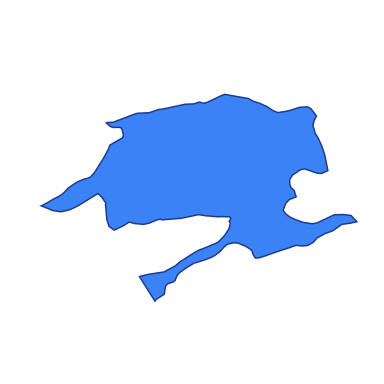 Dhulaymat Habur, Amran, Yemen, rotated 72°
{"feature_id": "15242507B9657421257860", "entity_name": "Dhulaymat Habur", "entity_type": "district", "adm_level": 2, "iso_a3": "YEM", "parent_name": "Yemen", "parent_adm1": "Amran", "projection": "equal_earth", "projection_center": [43.768, 16.038], "detail": "fine", "context": "isolated", "style": "filled", "palette": "blue", "viewbox_px": 384, "rotation_deg": 72, "n_neighbors": 0, "source": "geoboundaries", "source_scale": "gbopen_adm2", "svg_char_len": 5975}
<svg xmlns="http://www.w3.org/2000/svg" viewBox="0 0 384 384"><g transform="rotate(72 192 192)"><path d="M158.6,339.6L166.6,330.1L170.4,322.6L171.1,313.7L169.9,304.6L164.4,282.0L168.9,279.5L175.6,277.4L175.9,277.2L176.7,278.0L192.2,281.6L199.1,281.5L204.2,277.8L202.8,267.2L202.5,266.1L202.2,265.1L201.9,264.1L201.6,262.7L201.4,262.3L201.3,261.7L201.1,261.2L204.3,256.2L207.8,248.2L208.4,242.4L207.7,233.8L208.0,230.2L209.2,229.3L213.7,210.4L215.5,193.1L215.7,192.5L215.9,192.1L216.3,191.3L217.2,189.4L217.6,188.5L218.1,187.8L218.6,186.8L219.0,186.0L219.4,185.0L219.8,183.9L220.1,183.1L220.5,182.2L220.7,181.8L221.6,180.0L221.8,179.5L222.0,178.8L222.6,177.3L222.8,176.8L223.5,175.3L223.6,174.6L223.9,174.2L224.1,173.0L224.2,172.5L224.4,172.1L224.5,171.5L224.8,170.8L225.0,170.1L225.2,169.4L225.6,168.5L225.8,168.0L226.0,167.4L226.2,166.7L226.5,166.0L226.6,165.4L227.4,164.0L227.8,163.5L228.4,163.2L228.7,163.3L229.1,163.3L229.4,163.6L229.7,163.8L230.0,164.1L230.9,165.4L231.3,165.7L232.0,165.6L232.4,165.5L233.1,165.4L233.9,165.3L235.2,166.2L235.5,166.4L235.8,166.6L236.3,166.9L236.7,167.0L237.3,167.5L237.7,167.9L238.0,168.0L239.1,169.1L239.4,169.4L239.8,169.8L240.4,170.7L240.8,171.0L241.2,171.7L241.6,172.1L242.7,173.5L244.2,175.8L244.4,176.2L245.4,177.9L246.1,179.4L246.5,180.1L247.1,181.5L247.4,182.1L247.7,182.8L248.0,183.3L249.3,199.1L249.4,202.4L249.5,203.8L249.5,204.3L249.8,204.8L250.0,206.7L252.1,215.1L254.7,225.1L257.1,230.7L259.3,242.8L259.4,243.0L256.7,259.9L256.2,268.1L284.3,261.0L282.9,258.8L280.7,250.0L273.1,246.1L271.8,243.3L271.8,241.5L271.7,241.3L271.7,240.9L271.7,240.6L271.7,240.3L271.7,240.0L271.7,239.4L271.8,239.0L271.7,237.5L271.6,237.2L271.6,236.8L271.3,236.1L270.8,235.3L270.2,234.8L269.7,234.5L269.6,234.3L269.1,234.0L268.8,233.6L268.5,233.4L268.3,233.3L267.9,232.9L267.7,232.8L267.6,232.6L267.3,232.4L266.0,230.8L265.8,230.5L265.6,230.3L265.5,230.0L265.2,229.6L265.2,229.4L265.0,228.9L264.9,228.6L264.7,228.2L264.5,227.5L264.4,227.0L264.3,226.6L264.0,225.9L263.9,225.5L263.8,225.3L263.6,224.8L263.5,224.3L263.3,223.9L263.2,223.4L263.0,223.1L262.9,222.7L262.8,222.0L262.6,221.8L262.5,221.4L262.4,221.1L262.4,220.7L262.2,220.2L262.2,219.7L262.0,219.4L262.0,219.2L261.9,219.0L261.9,218.7L261.7,218.0L261.6,217.7L261.4,217.3L261.3,216.5L261.2,216.3L261.2,215.7L261.0,215.4L261.0,215.0L260.9,214.5L260.8,214.0L260.4,212.8L260.4,212.5L260.3,212.2L260.3,210.9L260.4,210.1L260.5,209.2L260.4,204.9L260.4,204.5L260.5,204.3L260.5,202.4L260.5,202.0L260.4,198.3L260.4,198.0L260.4,197.4L260.3,197.2L260.3,196.2L260.2,195.6L260.2,194.2L260.0,193.9L260.0,193.3L259.9,192.9L259.8,191.8L259.6,191.1L259.4,190.0L259.3,189.6L259.1,189.1L259.0,188.6L258.8,188.1L258.7,187.8L258.5,187.6L258.5,187.4L258.4,187.2L258.3,186.5L258.0,185.8L257.9,185.6L257.9,185.4L257.8,184.9L257.6,184.5L257.5,184.1L257.4,184.0L257.2,183.8L257.2,183.4L257.0,183.2L256.9,182.9L256.6,182.6L256.5,182.2L256.1,181.8L255.9,181.3L255.7,181.1L255.4,180.6L255.2,180.3L254.9,179.8L254.7,179.3L254.3,178.6L254.2,178.4L254.1,178.1L253.8,177.7L253.5,176.7L253.3,176.5L253.2,175.8L253.0,175.3L252.8,174.8L252.7,174.3L252.7,173.2L252.8,172.9L252.8,172.1L252.9,171.5L252.9,171.0L252.9,170.4L252.9,170.1L253.0,169.9L253.0,169.4L253.1,169.1L253.1,168.9L253.2,168.5L253.2,168.3L253.4,167.6L253.5,167.3L253.7,167.1L253.8,166.2L254.0,165.9L254.0,165.5L254.0,165.2L254.4,164.9L254.6,164.5L255.0,163.8L255.4,163.2L256.0,162.6L256.3,162.2L256.6,161.9L257.0,161.5L257.2,161.4L257.3,161.1L257.5,161.0L257.9,160.4L258.5,159.8L258.9,159.2L259.3,158.7L260.5,157.5L261.0,157.1L262.1,156.1L262.5,155.9L262.7,155.6L262.9,155.5L263.0,155.4L263.5,155.0L263.9,154.6L264.5,154.2L265.3,153.8L265.6,153.7L266.5,153.2L270.5,153.2L274.4,152.1L275.4,148.4L275.4,142.5L275.1,132.6L275.0,122.6L275.1,118.0L274.9,109.4L275.8,107.6L277.6,103.3L278.6,98.2L277.4,92.4L274.3,87.1L272.7,78.5L272.4,70.0L269.1,59.5L270.6,51.0L271.2,44.4L263.5,48.0L260.2,54.9L260.2,55.3L257.6,63.5L260.0,82.5L259.4,87.3L255.1,95.9L248.8,103.9L245.7,106.9L242.0,109.5L237.5,111.0L231.7,106.2L229.2,101.6L228.9,94.6L228.2,94.3L227.6,94.3L227.2,94.4L226.8,94.6L225.9,94.6L225.6,94.5L225.3,94.5L225.0,94.5L224.1,94.5L223.8,94.4L223.6,94.3L222.6,94.3L222.3,94.3L222.2,94.4L222.0,94.5L221.6,94.7L221.1,94.9L220.1,95.4L219.1,96.1L218.5,96.5L215.2,96.6L210.7,95.4L209.3,94.3L209.3,94.1L206.8,90.8L206.8,90.6L206.7,90.2L206.5,89.8L206.5,89.4L206.3,88.6L206.1,87.9L205.9,87.1L205.8,86.8L205.7,86.4L205.3,85.6L205.3,85.4L205.1,84.9L205.1,84.5L204.9,84.0L204.8,83.7L204.7,83.3L204.7,83.1L204.6,82.7L204.6,82.4L204.4,82.2L204.4,80.2L204.6,79.9L204.6,78.9L204.7,78.5L204.8,77.9L205.4,76.9L205.6,76.7L206.0,76.2L206.7,75.2L206.8,75.0L207.8,73.8L208.3,73.1L208.7,72.4L209.5,71.3L210.0,70.8L210.2,70.6L210.8,69.9L211.2,69.3L211.4,68.9L212.1,68.1L212.7,67.2L213.0,66.6L213.1,66.3L213.4,65.7L213.5,65.4L214.1,64.0L214.2,63.3L214.3,62.8L214.3,62.3L213.7,56.2L205.2,55.2L198.7,54.4L194.1,54.3L187.0,54.5L180.1,55.3L174.1,56.7L165.9,56.4L161.5,53.6L158.3,50.1L149.9,53.0L146.8,55.6L144.7,63.5L144.7,72.3L144.4,77.3L143.0,85.8L139.5,89.9L134.0,94.3L128.9,99.8L124.4,105.9L120.5,109.5L109.2,130.9L109.5,135.1L111.2,147.8L111.4,148.8L111.2,153.5L110.4,154.8L108.9,156.8L108.7,158.6L108.8,163.0L106.4,171.4L104.1,194.1L103.2,198.5L103.4,209.2L103.0,209.6L100.6,218.4L100.1,221.0L101.3,245.7L99.7,251.1L99.9,252.2L100.0,252.2L102.1,250.7L103.5,250.1L105.4,248.3L106.7,245.9L107.8,241.8L108.8,239.8L110.8,239.3L115.6,239.4L117.8,240.2L119.0,241.5L119.5,243.8L122.0,255.5L123.4,256.6L124.6,257.6L125.9,258.8L127.0,260.0L128.3,261.2L131.8,264.9L134.1,267.5L135.3,269.1L136.5,270.4L137.5,271.8L138.6,272.9L142.3,277.4L143.5,278.9L144.4,280.4L145.1,281.9L146.2,283.2L146.6,285.1L146.7,286.8L146.4,290.3L146.5,292.2L146.7,294.2L147.1,298.4L147.6,300.3L148.1,302.3L148.8,304.4L150.0,308.5L152.9,313.7L153.7,315.5L154.4,317.5L155.4,322.2L156.0,326.4L156.5,328.6L157.1,330.8L157.5,332.8L158.3,337.4L158.6,339.3L158.6,339.6Z" fill="#3b82f6" stroke="#1e3a8a" stroke-width="1.5"/></g></svg>